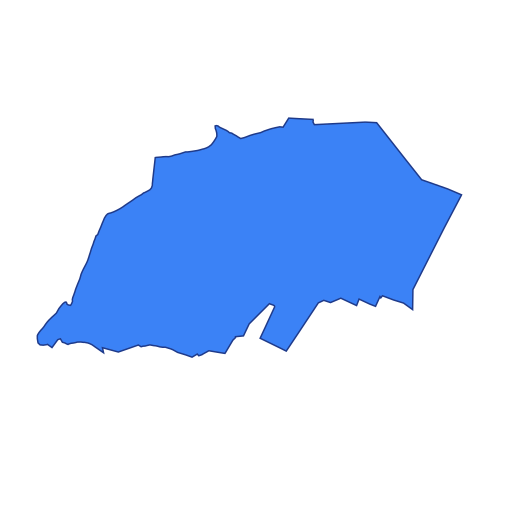 Montecristo de Guerrero, Chiapas, Mexico, rotated 205°
{"feature_id": "50627088B70814550942087", "entity_name": "Montecristo de Guerrero", "entity_type": "district", "adm_level": 2, "iso_a3": "MEX", "parent_name": "Mexico", "parent_adm1": "Chiapas", "projection": "equal_earth", "projection_center": [-92.623, 15.678], "detail": "fine", "context": "isolated", "style": "filled", "palette": "blue", "viewbox_px": 512, "rotation_deg": 205, "n_neighbors": 0, "source": "geoboundaries", "source_scale": "gbopen_adm2", "svg_char_len": 3404}
<svg xmlns="http://www.w3.org/2000/svg" viewBox="0 0 512 512"><g transform="rotate(205 256 256)"><path d="M97.3,361.2L95.6,396.9L95.6,398.3L110.6,397.8L138.1,395.1L160.9,406.5L203.0,427.8L205.5,426.8L208.0,425.8L213.6,423.5L258.6,399.7L260.6,401.2L260.8,401.3L261.0,401.7L261.4,403.0L262.1,403.9L262.7,403.6L276.3,398.1L284.6,394.8L285.9,384.2L289.1,383.1L292.6,380.5L293.7,379.6L295.5,378.2L297.3,376.6L299.6,374.4L301.3,372.8L304.0,369.7L306.8,367.5L309.3,365.5L312.3,362.8L314.7,360.3L316.8,358.2L319.5,356.0L322.9,356.3L324.6,356.6L327.9,356.8L329.9,357.1L332.2,356.5L333.8,357.0L335.9,357.3L338.7,357.3L340.7,357.3L343.4,357.3L345.4,357.8L347.1,357.4L348.0,356.6L346.7,354.3L345.5,353.2L344.9,352.5L343.6,350.9L342.5,348.9L342.0,347.6L342.1,346.4L342.2,345.0L342.4,343.5L342.7,341.4L343.5,337.9L344.2,336.6L345.0,335.0L346.6,333.0L348.7,330.9L349.1,330.7L352.1,328.1L353.6,326.9L358.2,323.8L361.8,321.5L363.9,320.5L368.6,316.1L369.2,315.7L369.6,315.3L372.2,313.4L374.8,310.8L377.1,309.1L379.5,308.1L382.1,306.7L384.0,305.5L386.3,304.2L387.9,303.3L388.1,303.2L388.9,302.6L387.5,298.5L385.9,293.7L382.1,282.4L381.1,279.6L380.6,278.0L379.8,276.2L379.5,273.3L380.2,271.1L381.7,269.0L383.5,266.7L383.7,266.4L384.5,265.7L385.8,263.1L387.4,261.0L389.5,258.0L391.4,254.5L393.0,251.8L394.6,249.2L396.3,246.3L397.5,244.1L399.4,241.2L401.6,238.3L403.8,235.7L404.2,235.3L406.2,233.3L407.1,232.7L408.3,231.4L409.0,229.4L409.4,226.3L409.3,224.4L409.2,222.0L409.2,221.0L409.1,219.8L408.9,216.6L408.8,212.4L408.5,208.5L409.5,206.6L409.1,203.3L409.0,200.7L408.6,197.9L408.3,193.3L407.6,188.7L407.5,187.5L407.1,184.8L406.7,181.3L406.6,179.6L406.6,177.4L406.8,173.2L406.9,171.1L406.9,167.9L406.8,165.5L406.4,163.3L406.0,160.7L405.9,158.5L405.8,155.8L405.8,155.7L405.6,152.5L405.4,149.5L405.0,146.9L404.9,145.6L404.7,143.9L404.5,141.0L404.1,139.0L403.1,137.3L403.0,134.8L403.2,132.9L403.9,132.7L405.4,132.3L407.0,132.5L407.8,133.5L408.8,134.0L409.9,133.1L410.9,131.0L411.7,128.1L412.4,125.1L412.8,119.8L414.1,116.6L415.1,114.3L416.6,110.3L417.3,107.9L417.9,105.1L418.3,102.4L418.9,100.0L419.6,97.9L420.3,95.0L420.4,94.0L420.6,92.5L420.5,91.3L419.2,88.6L416.8,85.1L414.1,84.2L411.1,85.3L410.8,85.5L408.1,87.3L407.8,87.5L407.6,87.8L402.2,86.8L401.3,91.3L400.3,96.4L399.4,97.3L398.3,98.3L395.0,96.0L392.7,96.4L390.4,96.3L389.0,96.4L388.9,96.7L387.4,98.1L386.9,98.6L384.5,100.1L383.9,100.6L383.7,100.7L383.3,101.0L382.2,101.9L381.5,102.5L379.1,103.7L378.2,104.1L375.9,104.8L375.2,105.2L371.8,106.1L370.0,106.3L367.2,106.3L364.4,105.8L363.5,105.6L361.6,105.3L356.5,104.4L353.3,103.9L356.4,108.0L340.2,110.8L332.8,118.0L332.6,118.2L325.0,125.6L321.8,125.2L320.3,126.5L318.5,127.5L316.7,129.0L314.6,130.6L311.0,131.5L308.7,132.3L306.7,132.7L304.8,133.0L301.9,133.9L299.7,135.0L294.0,135.8L291.7,135.9L286.4,135.5L277.7,136.7L271.2,137.3L267.8,142.3L265.7,141.4L263.3,143.7L263.3,143.8L262.2,145.4L260.0,148.4L258.7,150.2L247.5,153.3L243.0,154.6L242.8,156.0L241.4,169.9L240.1,173.4L240.5,174.2L233.6,178.3L233.5,191.6L223.7,218.5L222.7,218.5L219.6,218.8L218.4,218.7L218.0,218.4L217.6,217.7L217.5,195.7L217.5,183.2L195.6,182.8L188.4,182.6L184.9,205.3L179.7,239.9L178.8,240.9L175.8,244.5L175.5,244.5L168.8,245.3L161.3,253.6L143.9,253.6L144.4,260.5L132.6,260.5L126.4,260.9L126.5,271.6L125.2,270.8L124.6,273.4L112.6,274.3L102.4,275.7L91.4,273.6L99.6,291.9L97.3,361.2Z" fill="#3b82f6" stroke="#1e3a8a" stroke-width="1.5"/></g></svg>